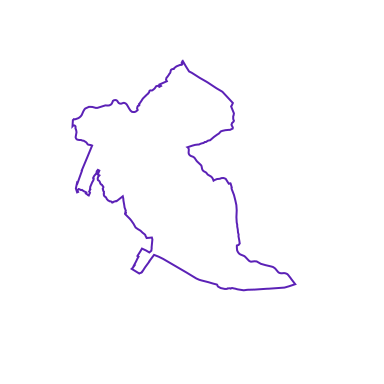 Santiago Tulantepec de Lugo Guerrero, Hidalgo, Mexico, rotated 218°
{"feature_id": "50627088B2039046908464", "entity_name": "Santiago Tulantepec de Lugo Guerrero", "entity_type": "district", "adm_level": 2, "iso_a3": "MEX", "parent_name": "Mexico", "parent_adm1": "Hidalgo", "projection": "albers", "projection_center": [-98.384, 20.035], "detail": "fine", "context": "isolated", "style": "outline", "palette": "violet", "viewbox_px": 384, "rotation_deg": 218, "n_neighbors": 0, "source": "geoboundaries", "source_scale": "gbopen_adm2", "svg_char_len": 5977}
<svg xmlns="http://www.w3.org/2000/svg" viewBox="0 0 384 384"><g transform="rotate(218 192 192)"><path d="M288.2,128.4L285.7,123.3L282.3,121.0L281.8,121.9L282.8,122.4L283.3,122.7L283.3,123.3L283.2,123.6L283.2,124.5L282.9,124.7L282.1,124.9L280.9,125.1L280.6,125.2L280.0,125.9L279.7,125.9L277.8,126.0L275.0,126.6L274.8,125.5L272.5,125.6L272.0,125.5L271.2,125.7L271.9,128.6L272.6,128.8L273.3,129.0L273.7,131.2L274.0,131.1L274.7,132.5L275.3,133.3L276.2,136.6L276.7,138.5L276.7,138.8L276.9,140.3L277.5,141.8L277.7,142.0L278.0,141.8L278.4,142.0L278.6,142.3L279.0,144.6L278.9,146.5L278.9,147.1L278.9,147.8L278.8,148.2L279.3,148.7L279.8,149.7L279.8,151.5L278.2,151.8L277.0,147.8L275.2,148.1L275.2,147.7L275.4,146.6L275.0,145.4L274.7,144.7L273.8,143.7L273.5,143.5L273.1,143.5L272.4,143.6L271.9,143.6L270.5,143.0L269.4,142.2L268.9,142.2L268.4,142.0L267.3,142.2L266.4,141.8L265.5,141.7L265.3,141.6L264.8,141.3L264.7,141.1L264.3,139.5L263.6,139.2L263.2,138.7L262.5,138.2L261.8,138.1L261.5,138.0L260.6,136.5L260.2,136.4L260.1,136.2L260.0,135.9L259.9,135.6L259.0,134.9L258.4,134.9L257.8,134.7L257.3,134.8L256.5,134.8L256.0,134.6L254.8,134.0L254.1,133.9L253.0,133.7L252.0,133.9L251.1,134.0L250.3,134.6L249.9,134.7L249.1,134.7L248.4,134.5L248.2,134.7L248.0,135.0L247.8,135.6L247.9,135.8L246.4,138.0L246.2,137.9L245.8,138.3L243.9,146.0L242.1,144.5L240.6,142.9L237.6,140.2L235.5,138.2L234.3,137.5L232.7,136.5L232.7,136.2L232.3,135.5L231.3,135.1L231.2,134.9L231.4,134.7L231.6,134.7L231.7,134.2L231.4,133.6L231.0,133.4L225.2,132.7L223.9,132.5L221.5,131.9L221.0,131.7L218.6,131.0L217.5,130.5L214.6,129.3L212.1,129.4L209.7,129.7L208.6,129.8L206.0,129.5L203.4,129.5L202.5,129.4L201.0,128.5L200.6,128.3L200.1,128.3L199.4,127.8L195.6,131.4L194.0,130.2L189.6,123.3L189.3,123.1L187.9,120.7L188.4,118.1L192.3,117.6L196.6,116.6L196.2,113.9L195.6,108.0L194.3,108.1L194.2,107.4L194.0,105.9L193.3,102.8L192.5,98.2L192.1,98.5L192.0,96.3L192.1,94.9L192.2,94.3L183.4,95.3L183.3,95.7L182.3,97.2L182.3,98.4L182.1,98.4L182.6,103.8L182.8,110.9L183.0,111.0L183.2,119.1L178.4,120.5L173.6,121.5L146.5,125.2L135.4,126.5L132.2,127.3L130.2,128.1L123.4,131.1L119.3,132.7L115.4,134.4L114.9,134.3L113.7,133.6L113.1,133.5L110.2,134.0L106.3,135.9L104.9,137.1L104.6,137.6L104.6,137.9L104.3,138.2L103.6,138.7L103.5,138.9L102.7,139.6L102.0,139.7L101.7,140.5L101.3,141.0L100.7,141.3L99.6,141.8L98.3,142.5L97.0,143.0L95.9,143.5L90.7,146.4L88.2,149.0L82.4,153.8L73.6,161.7L71.7,163.3L60.3,173.6L59.1,175.2L58.7,175.8L57.6,177.3L53.9,182.9L60.5,184.6L61.0,184.8L65.0,185.8L66.2,186.0L67.3,185.8L68.9,185.2L70.0,184.4L70.8,183.6L71.8,182.8L72.5,182.4L73.3,182.1L74.2,181.9L75.1,182.0L79.3,182.9L80.4,182.9L81.8,182.8L82.7,182.5L83.9,182.0L89.1,179.6L93.5,177.8L98.3,177.1L100.1,175.9L102.6,173.4L103.5,173.1L104.3,172.9L105.6,173.0L108.9,173.5L110.5,173.7L111.3,173.7L112.5,173.4L115.3,172.6L116.2,172.5L117.2,172.5L118.7,172.9L120.4,173.7L121.6,174.9L123.0,176.5L123.7,177.5L122.7,178.9L122.7,180.8L125.0,183.0L128.2,185.8L129.0,187.1L130.9,188.5L132.9,190.7L135.1,192.6L136.2,194.0L138.0,195.5L141.5,199.5L145.5,205.1L149.0,209.0L152.6,212.0L157.1,215.5L161.1,217.9L162.0,218.4L163.4,219.5L163.4,220.0L166.9,222.5L167.3,222.4L168.0,221.2L168.8,221.4L173.5,223.1L174.8,222.8L176.0,222.3L177.4,221.0L178.1,219.7L179.1,218.7L180.2,217.7L181.6,215.3L182.0,214.2L183.5,215.1L184.6,215.6L185.4,215.8L186.8,215.9L189.5,215.5L190.4,215.4L192.7,216.0L193.7,215.9L195.4,215.6L196.2,215.6L196.9,215.7L198.1,216.3L200.0,217.9L200.6,218.4L201.4,218.7L206.7,219.2L207.7,219.4L210.8,220.4L211.9,220.5L212.9,220.4L215.1,219.7L216.1,219.6L216.9,219.7L217.8,220.0L218.5,220.5L218.9,220.9L220.5,223.3L221.1,223.9L222.3,224.5L223.1,224.5L220.3,228.7L218.6,231.0L216.7,232.9L215.8,233.6L214.9,235.4L213.9,236.8L213.1,237.7L212.7,239.3L211.8,240.0L211.0,242.3L209.5,244.1L209.5,244.4L208.6,248.9L207.5,252.7L206.8,254.6L206.6,257.5L205.7,258.9L203.8,261.2L201.4,263.5L200.3,264.4L199.0,267.0L199.6,268.0L201.4,268.8L202.3,269.3L202.9,271.2L202.6,272.7L202.8,273.9L204.2,274.7L204.8,275.3L206.2,277.1L206.4,278.0L207.4,279.8L212.1,282.5L213.9,283.6L213.9,284.6L214.6,287.3L229.7,289.7L230.7,289.6L236.6,288.8L246.8,288.0L248.6,287.8L256.2,286.7L265.6,285.8L268.5,285.2L274.1,287.2L280.0,289.6L280.1,289.1L279.8,288.4L279.8,287.9L279.6,287.3L279.0,287.2L278.3,286.7L278.3,286.2L278.8,285.4L279.7,284.7L281.6,281.4L282.2,278.9L282.3,278.2L282.1,277.7L282.7,277.2L283.2,276.7L283.7,275.5L283.6,274.7L283.2,274.0L282.7,272.9L282.5,272.1L282.6,271.1L282.4,269.9L282.3,267.5L282.4,266.8L282.4,266.2L281.6,264.5L280.0,263.8L283.7,256.9L281.7,256.5L282.5,254.7L283.8,255.2L285.3,253.4L285.3,252.5L285.2,251.4L285.2,250.5L285.4,249.4L285.8,247.9L286.1,247.3L287.4,246.4L287.7,245.8L287.7,245.3L287.1,243.9L287.3,243.0L287.2,242.0L287.5,241.1L288.2,235.8L288.2,234.7L288.0,232.9L287.8,230.0L287.9,228.7L287.1,228.3L286.9,227.8L287.1,227.3L287.4,227.0L287.6,226.7L287.6,226.4L287.4,225.4L286.7,224.0L285.3,223.2L285.6,221.4L286.3,219.9L286.9,219.3L287.8,218.7L288.7,218.2L290.6,218.3L292.8,219.0L296.0,220.3L297.4,220.8L298.8,220.9L300.1,220.6L300.9,220.0L302.2,218.0L303.2,217.3L304.5,217.0L305.4,217.2L306.7,217.7L307.6,217.8L308.5,217.6L309.1,217.2L310.0,216.2L310.4,215.1L310.2,214.6L309.6,212.2L309.8,210.7L310.6,209.2L311.6,208.3L313.6,206.9L318.3,200.1L319.5,199.1L323.0,197.6L325.6,195.7L327.5,192.1L327.6,190.9L327.3,188.7L326.3,184.7L326.3,183.0L326.6,181.4L327.1,180.1L328.6,177.7L329.4,176.8L329.9,176.7L330.1,175.3L326.6,170.2L326.5,171.2L326.3,171.6L325.9,171.9L325.5,172.1L324.8,172.1L324.3,172.0L323.9,171.7L322.9,170.3L322.0,169.9L321.9,169.7L321.1,169.2L319.8,168.0L317.7,164.0L317.4,163.5L317.0,163.2L316.5,162.9L316.0,162.7L315.4,162.6L314.9,162.6L314.3,162.8L312.8,163.6L311.9,164.3L311.3,164.7L310.1,165.0L308.9,165.7L308.3,165.8L306.0,166.0L304.9,165.8L303.8,165.4L303.3,165.4L302.9,165.4L302.4,165.7L300.6,166.7L299.3,167.1L295.9,154.9L292.1,141.0L291.8,141.0L287.6,128.3L288.2,128.4Z" fill="none" stroke="#5b21b6" stroke-width="2"/></g></svg>